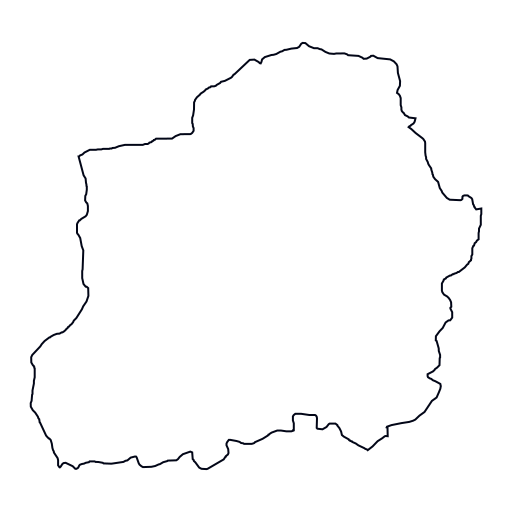 Atenas, Alajuela, Costa Rica
{"feature_id": "36466004B19113363200971", "entity_name": "Atenas", "entity_type": "district", "adm_level": 2, "iso_a3": "CRI", "parent_name": "Costa Rica", "parent_adm1": "Alajuela", "projection": "mercator", "projection_center": [-84.397, 9.98], "detail": "fine", "context": "isolated", "style": "outline", "palette": "ink", "viewbox_px": 512, "rotation_deg": 0, "n_neighbors": 0, "source": "geoboundaries", "source_scale": "gbopen_adm2", "svg_char_len": 5927}
<svg xmlns="http://www.w3.org/2000/svg" viewBox="0 0 512 512"><path d="M387.7,436.2L387.5,427.6L386.7,427.4L387.0,426.7L391.5,425.1L401.5,423.1L409.3,421.9L413.1,420.7L415.3,419.6L419.5,415.6L424.5,412.0L431.9,400.9L436.6,397.5L438.8,392.5L440.3,388.8L440.8,386.1L440.3,383.9L435.3,381.2L432.8,380.2L431.3,378.9L429.8,378.4L428.0,377.2L427.6,376.1L427.6,374.2L433.2,371.3L433.6,370.7L434.3,370.3L435.1,369.0L437.0,367.7L439.5,365.2L439.7,358.1L440.1,357.6L440.1,354.9L438.8,351.0L438.7,348.3L436.8,341.6L436.5,340.8L435.8,340.4L435.9,336.2L439.6,331.2L442.7,328.0L445.6,322.5L448.5,320.4L450.2,320.3L452.2,317.6L452.2,312.2L450.4,308.6L450.4,307.7L451.3,306.8L451.1,302.3L450.1,300.0L448.8,298.1L447.2,296.5L444.0,294.6L442.4,292.3L441.9,290.7L441.9,283.5L443.7,280.3L443.8,279.5L445.9,278.4L446.2,277.6L450.0,275.5L450.9,275.5L452.7,274.2L453.6,274.2L454.1,273.7L456.5,273.0L457.9,272.0L458.8,272.0L464.8,267.4L467.1,264.6L468.3,263.8L468.8,262.2L471.0,260.3L471.0,259.5L471.4,258.7L471.4,256.1L472.3,254.5L472.3,248.3L473.3,245.9L474.0,245.6L474.7,243.2L476.1,242.1L476.9,240.6L478.6,239.3L478.6,233.0L479.0,231.3L479.0,228.6L480.8,224.8L480.8,215.8L481.3,214.1L481.3,208.5L476.2,209.4L474.8,207.6L474.7,207.1L474.3,206.9L473.6,204.8L473.1,204.2L472.2,199.2L471.4,198.0L468.5,196.2L468.2,195.7L467.3,195.4L464.4,195.4L463.1,195.9L462.5,196.6L462.4,198.9L461.4,199.9L460.4,200.2L449.7,199.7L446.8,197.9L442.3,192.6L441.6,190.8L439.8,188.1L438.1,181.9L435.1,179.2L433.3,176.7L432.9,174.7L432.5,174.3L432.3,172.7L431.3,169.6L431.2,168.4L429.0,165.2L428.2,163.7L427.8,162.1L426.1,158.9L426.1,157.2L425.6,155.7L425.2,152.3L425.2,143.2L425.0,141.6L423.3,139.0L422.3,138.1L415.6,133.0L411.4,129.1L408.6,127.1L409.2,126.4L410.6,125.7L410.9,125.2L413.5,123.5L414.6,121.8L415.5,118.3L408.9,117.5L407.7,116.4L405.0,115.1L403.6,112.8L403.0,112.5L401.8,111.0L401.4,109.6L401.4,107.4L400.7,105.1L400.7,98.1L399.9,95.8L398.8,94.2L397.0,92.9L397.6,90.0L399.9,85.8L400.1,81.1L397.9,72.9L397.5,66.4L396.6,64.3L393.9,61.4L390.2,59.4L377.6,58.1L373.3,55.7L371.0,55.9L370.4,56.7L366.7,58.6L363.6,58.8L362.4,57.7L358.5,55.9L348.1,55.2L347.0,54.3L344.4,53.4L336.1,53.5L334.0,53.9L329.3,53.5L325.4,51.9L321.5,49.4L319.8,49.1L317.6,48.2L314.0,48.2L309.0,46.2L305.4,43.1L302.6,42.9L301.2,43.8L299.2,46.8L297.1,48.0L291.4,48.6L286.3,49.8L284.5,49.9L282.1,51.3L280.4,51.7L276.3,54.0L273.5,54.8L271.4,55.0L264.8,57.1L262.1,59.4L261.4,62.0L260.7,63.4L259.8,63.2L258.6,62.0L254.4,59.6L249.7,59.9L234.3,74.4L233.6,74.6L232.0,76.9L230.9,77.8L224.8,80.9L221.0,81.8L220.1,83.0L216.7,84.9L215.8,85.8L214.2,86.3L211.5,86.3L210.8,86.5L210.4,87.2L208.8,87.6L207.9,88.5L205.7,89.5L205.3,90.2L203.6,91.7L200.5,93.7L200.2,94.4L196.9,97.3L195.0,100.0L194.9,100.8L194.1,102.3L194.0,109.5L193.1,115.4L192.2,117.8L192.2,123.1L192.7,123.9L192.9,126.5L193.6,128.1L193.6,130.8L192.2,132.9L190.9,133.9L190.3,134.1L180.4,134.2L175.6,136.1L172.0,138.6L156.0,138.7L154.7,139.9L153.8,140.0L153.4,140.7L151.9,141.4L151.5,142.1L149.4,142.6L148.9,143.3L147.7,144.0L145.0,144.0L142.7,144.9L124.8,144.9L118.9,146.2L115.0,147.8L112.4,148.0L111.7,148.5L109.9,148.5L109.2,148.9L102.9,148.9L101.3,149.4L97.8,149.4L96.0,149.8L89.8,149.8L84.5,152.5L82.4,154.5L80.1,155.4L79.0,156.5L78.6,156.5L83.6,175.3L85.6,178.5L86.0,182.8L86.4,184.4L86.5,186.1L86.8,186.4L86.8,189.8L86.2,194.2L85.3,195.9L85.1,200.4L86.2,202.4L87.3,203.4L87.9,206.0L87.9,211.1L86.8,214.8L85.6,216.3L81.3,218.9L79.9,220.3L79.3,220.3L77.6,222.8L77.0,224.2L77.0,232.8L77.4,233.7L78.3,234.7L80.2,238.0L81.7,246.1L83.3,250.4L82.6,269.3L82.2,271.0L82.2,278.1L83.5,284.0L85.7,286.7L86.6,286.7L88.2,288.1L88.4,295.9L86.5,301.5L83.2,306.3L81.9,309.3L76.3,318.1L73.8,320.6L73.1,322.2L71.5,324.2L70.1,325.2L69.0,326.6L68.2,326.9L67.4,328.3L66.6,328.7L65.5,330.1L63.9,331.5L62.4,332.4L61.6,332.4L59.6,333.6L56.9,333.8L53.7,335.0L50.7,336.7L50.2,337.3L49.4,337.4L44.6,341.0L41.7,344.2L40.3,346.4L32.3,354.9L31.2,357.2L31.3,362.5L33.0,365.4L33.7,365.8L33.9,366.6L34.3,367.0L34.3,367.9L34.7,368.4L34.7,377.3L33.9,380.8L33.9,383.5L32.5,390.5L32.5,394.0L32.1,394.7L31.6,400.8L30.7,403.1L30.8,406.7L32.8,410.2L35.2,412.6L37.9,416.7L38.4,418.3L39.2,419.2L39.7,422.4L40.1,422.7L46.1,435.6L47.6,437.3L48.8,438.5L49.3,438.5L50.7,440.0L51.8,443.6L52.4,447.9L53.0,450.0L53.8,451.4L53.9,452.5L57.6,458.1L58.1,460.2L58.1,465.3L59.4,467.2L59.8,467.4L60.7,466.6L62.3,464.1L63.5,463.1L65.6,462.8L72.7,466.2L75.3,468.8L76.5,468.8L78.2,467.7L79.3,465.4L80.0,464.7L81.9,464.0L84.1,463.6L85.7,462.8L88.9,462.2L89.6,461.4L94.7,461.4L95.5,461.9L98.4,462.0L102.8,462.8L103.5,463.4L111.4,463.7L123.5,461.9L125.4,460.8L127.4,460.4L130.7,457.6L135.0,456.5L136.1,456.6L136.7,457.5L138.7,463.2L139.5,464.6L141.5,466.3L143.0,467.1L151.4,466.8L155.2,466.0L158.7,464.4L159.8,464.2L163.2,462.2L167.2,461.1L167.8,460.6L176.3,460.3L177.9,459.2L179.7,456.9L182.9,454.2L190.3,451.6L192.2,452.4L192.7,459.1L193.6,459.9L193.9,461.0L195.3,462.3L199.2,467.6L201.5,468.8L206.6,469.1L207.6,468.8L223.7,459.4L225.4,456.8L225.9,456.6L225.9,456.1L227.9,454.5L228.5,453.0L228.2,449.1L226.5,445.3L226.5,443.6L227.1,442.2L228.8,439.9L230.5,439.9L236.5,441.0L239.6,441.9L241.1,443.0L243.2,443.3L244.1,443.9L251.6,443.9L253.6,443.3L254.4,442.9L254.9,442.2L262.6,438.8L267.9,435.5L268.4,434.7L268.9,434.7L269.6,433.9L271.6,432.6L277.3,430.5L280.7,430.5L286.2,431.3L291.4,431.3L293.2,430.7L293.2,430.2L293.8,430.2L293.8,423.3L292.9,420.4L292.9,416.4L293.7,415.1L295.3,413.8L301.1,413.8L309.3,415.0L315.0,415.0L316.0,415.6L316.7,416.7L317.0,418.3L316.7,427.9L317.4,428.7L322.5,429.3L326.5,427.0L328.7,424.2L329.6,423.6L335.4,423.6L337.3,425.0L337.3,425.5L339.4,428.1L341.1,431.5L341.9,435.0L343.8,436.6L348.8,439.4L348.9,439.9L349.6,440.5L350.2,440.5L350.5,441.0L352.0,441.4L352.2,441.9L355.8,443.5L358.3,445.3L364.4,448.2L365.3,448.9L366.9,449.4L367.7,450.2L372.6,446.4L377.6,441.2L382.3,438.2L384.7,436.3L385.7,436.0L387.7,436.2Z" fill="none" stroke="#020617" stroke-width="2"/></svg>